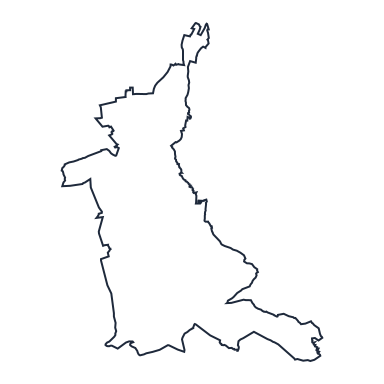 the district of Ciurea, Iasi, Romania
{"feature_id": "2599482B52104755516417", "entity_name": "Ciurea", "entity_type": "district", "adm_level": 2, "iso_a3": "ROU", "parent_name": "Romania", "parent_adm1": "Iasi", "projection": "robinson", "projection_center": [27.591, 47.068], "detail": "fine", "context": "isolated", "style": "outline", "palette": "slate", "viewbox_px": 384, "rotation_deg": 0, "n_neighbors": 0, "source": "geoboundaries", "source_scale": "gbopen_adm2", "svg_char_len": 5992}
<svg xmlns="http://www.w3.org/2000/svg" viewBox="0 0 384 384"><path d="M184.2,351.8L184.5,350.0L182.0,339.4L182.5,337.7L184.6,333.6L187.4,332.0L189.7,330.0L192.5,328.5L192.3,328.4L193.1,327.9L194.3,324.5L194.8,324.0L195.9,324.5L210.2,335.4L220.1,340.3L219.7,342.3L220.4,343.5L221.3,343.8L221.3,344.4L221.7,345.0L223.5,345.2L224.3,344.9L225.9,345.6L228.9,348.1L231.8,347.9L232.7,348.8L234.1,348.9L234.4,349.7L237.2,349.7L237.7,350.1L237.5,350.8L237.8,350.8L238.6,348.9L238.8,347.6L238.7,346.7L237.9,345.2L238.5,341.2L240.4,339.5L243.2,338.2L253.9,331.8L267.5,339.1L270.6,340.3L273.3,342.0L274.3,342.2L278.3,344.4L294.3,358.5L295.0,359.6L297.4,359.0L303.2,360.7L307.8,360.1L310.3,361.0L314.4,359.8L320.3,355.8L320.0,354.8L318.8,353.8L318.0,353.7L317.5,352.9L318.9,352.2L319.2,351.7L317.1,351.0L316.4,350.2L316.8,348.8L317.5,348.9L318.1,349.4L318.5,348.6L317.6,348.6L317.3,347.2L315.0,346.4L315.4,345.0L314.5,345.1L313.7,344.5L313.8,343.2L314.5,342.4L312.9,342.8L312.3,342.4L312.2,341.2L312.5,340.6L312.1,340.0L312.0,338.4L314.9,338.0L318.5,340.5L322.3,337.8L321.8,336.8L320.9,336.1L320.0,333.9L318.7,328.3L314.3,325.2L312.6,323.2L312.0,323.0L311.0,321.3L305.4,323.6L301.0,324.2L300.0,322.9L298.4,321.8L297.9,320.8L295.4,318.0L294.5,318.1L293.9,317.9L293.4,317.3L288.8,316.2L283.7,313.8L277.9,314.9L277.7,316.1L277.5,316.5L276.9,316.6L274.2,315.3L274.2,315.1L273.6,314.7L267.5,312.4L266.4,311.6L265.8,311.9L263.9,311.7L263.7,311.4L262.6,311.1L261.1,309.7L258.0,308.7L255.6,307.3L254.2,305.6L254.0,304.8L252.4,303.0L250.9,300.2L245.6,300.1L243.6,299.7L231.3,302.9L226.9,303.1L227.6,302.5L227.7,301.2L228.0,300.6L231.9,298.4L233.6,297.0L237.2,293.0L241.1,290.5L242.3,289.2L249.7,286.4L250.5,284.5L252.0,282.7L252.5,281.1L253.7,279.4L255.6,277.6L256.6,275.3L256.1,273.7L256.6,272.9L257.9,272.1L257.1,270.5L257.2,269.2L254.3,267.2L252.0,264.1L249.4,263.4L246.9,263.3L244.1,261.5L244.4,259.7L245.4,258.6L244.0,255.3L240.4,252.7L236.8,250.7L233.0,249.6L230.6,248.0L224.7,246.0L221.9,244.6L221.2,243.9L220.0,241.4L213.6,234.7L212.9,233.5L212.7,232.4L212.1,231.7L211.3,228.4L211.3,228.1L212.0,227.9L211.7,226.2L210.7,226.0L209.2,223.2L208.2,222.2L208.1,221.7L205.6,221.7L204.7,221.1L204.5,220.5L204.8,218.5L204.8,215.6L205.1,214.3L204.9,213.9L205.1,212.0L205.7,210.4L205.5,209.4L206.1,203.8L205.9,202.9L206.8,201.5L206.3,199.6L204.0,200.3L203.8,200.9L198.5,200.6L198.3,201.2L198.4,202.4L200.9,202.6L200.5,203.2L200.2,203.5L195.9,203.5L196.1,202.4L196.4,195.8L195.7,194.0L196.4,192.4L193.8,193.0L193.2,192.3L193.6,191.0L192.7,190.4L193.0,189.4L192.6,189.3L192.7,188.4L192.1,187.4L191.7,187.1L190.7,187.3L189.5,186.8L189.5,186.3L190.4,185.5L189.6,185.3L189.6,184.3L188.7,184.0L188.2,182.8L187.5,182.5L186.9,181.7L185.6,181.3L185.5,180.3L183.8,179.5L182.9,178.4L181.7,175.9L180.4,175.4L179.8,174.9L179.6,173.7L180.5,173.4L180.8,172.8L181.8,172.8L181.4,172.4L181.3,169.8L180.7,168.7L179.3,167.3L179.3,166.4L178.8,165.7L179.0,164.1L177.4,164.0L177.3,162.6L176.2,161.5L176.0,159.6L175.3,159.1L175.0,158.2L175.5,156.9L175.0,154.0L174.9,151.4L173.8,149.4L172.1,147.6L172.0,147.4L172.2,147.0L171.1,145.8L175.6,142.1L176.5,142.4L179.3,140.6L180.8,139.1L181.7,137.1L182.0,134.0L181.0,130.9L183.9,130.4L183.2,128.4L185.5,127.0L185.2,125.4L186.1,120.5L187.3,120.6L187.6,116.9L189.4,117.8L189.9,118.7L190.4,118.5L190.9,117.4L191.0,116.9L190.7,116.1L190.0,115.8L188.7,114.2L188.0,113.9L188.1,113.0L189.1,112.5L188.9,110.9L189.4,110.0L189.4,109.2L188.9,107.9L187.5,106.9L186.0,105.1L185.9,102.4L185.5,101.1L185.7,99.1L185.6,98.2L187.5,94.8L188.2,92.2L188.9,88.2L188.5,85.1L189.2,82.6L188.9,80.3L187.8,77.3L187.7,76.1L188.3,71.5L187.9,67.0L190.1,61.1L195.7,62.7L196.2,58.6L196.2,57.3L196.7,55.7L196.9,55.7L197.4,53.3L198.3,51.8L201.0,48.3L203.0,46.7L203.4,46.7L205.5,47.9L205.6,47.0L208.6,43.5L207.9,39.8L207.5,39.6L208.8,38.0L208.0,32.8L207.2,30.4L207.5,29.5L208.7,29.4L207.1,24.0L206.6,23.7L205.8,24.8L204.7,28.1L200.7,35.1L197.8,33.8L199.6,29.9L200.5,26.8L199.9,26.5L198.9,24.4L195.9,23.0L195.3,23.3L191.7,28.3L194.2,29.0L191.3,34.6L190.6,34.7L190.0,36.4L184.3,35.1L182.5,40.6L181.6,44.8L181.8,47.5L182.8,49.3L183.0,51.0L183.0,60.1L183.5,61.7L183.5,63.2L184.1,65.1L178.8,64.4L178.5,64.1L176.1,64.8L175.5,63.8L173.5,65.5L171.7,64.6L170.6,64.5L170.5,66.4L167.6,72.0L163.4,77.2L157.4,82.7L155.2,85.6L153.9,88.8L153.0,93.3L148.6,93.5L146.1,94.1L136.6,93.9L133.0,94.2L132.7,87.6L130.1,87.6L130.1,90.2L126.4,90.3L126.4,91.3L125.7,91.3L125.5,95.9L125.6,97.0L115.9,98.2L115.9,101.6L99.9,105.3L100.8,107.2L101.9,117.7L100.2,118.2L95.6,118.4L102.5,126.7L108.3,125.7L108.7,125.9L109.4,127.3L111.0,126.6L113.6,130.7L113.3,131.2L111.9,131.4L111.5,132.1L112.3,133.9L111.8,134.4L109.2,135.4L116.5,144.0L117.6,144.5L116.7,145.3L116.8,145.6L114.7,146.8L115.2,147.5L117.0,147.1L118.8,148.1L116.2,155.5L115.3,155.8L112.7,154.5L111.0,153.3L109.3,150.9L106.8,149.1L101.2,150.2L101.3,151.1L88.2,156.0L84.9,157.8L82.5,158.2L81.9,158.7L78.5,159.6L78.1,160.0L73.6,161.5L69.2,162.4L64.7,164.4L64.7,165.4L63.6,166.9L62.3,168.1L61.7,170.6L62.8,171.3L63.4,173.4L63.5,174.4L65.1,177.7L64.7,179.0L65.1,180.5L63.5,182.4L62.3,186.2L70.2,185.8L82.5,184.0L83.2,183.1L84.8,182.6L90.3,179.0L90.8,187.5L98.9,207.5L101.9,211.7L101.8,212.9L98.9,213.7L99.0,214.0L97.7,216.4L96.5,217.9L102.8,217.1L98.8,231.5L99.0,233.5L103.1,245.8L104.6,245.2L107.9,244.8L107.8,245.2L109.0,247.1L109.3,248.2L109.7,248.8L110.4,248.7L110.5,249.1L110.1,249.2L109.5,250.6L107.8,252.7L108.7,256.4L101.0,259.1L101.0,260.5L107.4,285.3L111.3,293.5L113.9,313.2L113.9,316.5L115.6,322.9L115.2,327.7L116.2,331.1L115.3,333.6L115.4,335.0L114.3,336.7L109.4,341.5L107.0,342.6L105.6,344.2L105.5,345.0L106.6,345.9L107.7,346.2L109.3,346.2L110.5,345.7L111.9,345.7L117.7,348.6L126.0,342.5L129.1,341.4L132.6,341.5L133.2,342.2L131.0,343.0L130.2,344.0L130.1,345.0L131.5,346.3L135.3,348.0L137.3,351.0L137.7,352.5L138.6,354.3L139.6,355.2L140.2,355.3L143.9,354.4L146.3,353.3L152.6,351.9L159.7,349.8L167.8,345.2L168.9,345.3L177.8,349.6L184.2,351.8Z" fill="none" stroke="#1e293b" stroke-width="2"/></svg>